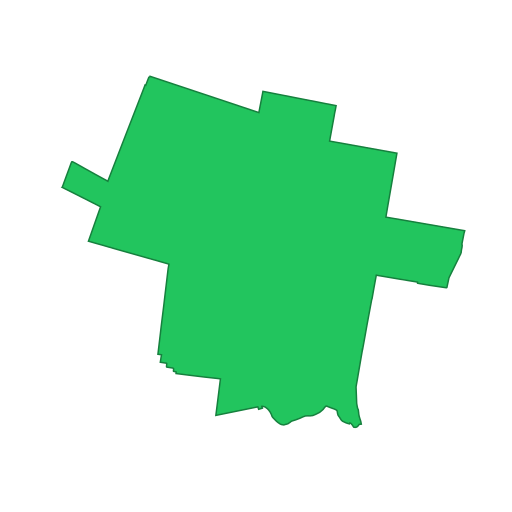 outline of Amara, Ialomita, Romania, rotated 9°
{"feature_id": "2599482B39510423223989", "entity_name": "Amara", "entity_type": "district", "adm_level": 2, "iso_a3": "ROU", "parent_name": "Romania", "parent_adm1": "Ialomita", "projection": "orthographic", "projection_center": [27.315, 44.645], "detail": "fine", "context": "isolated", "style": "filled", "palette": "green", "viewbox_px": 512, "rotation_deg": 9, "n_neighbors": 0, "source": "geoboundaries", "source_scale": "gbopen_adm2", "svg_char_len": 3432}
<svg xmlns="http://www.w3.org/2000/svg" viewBox="0 0 512 512"><g transform="rotate(9 256 256)"><path d="M241.3,419.7L280.9,404.9L281.4,404.7L281.8,405.4L282.6,407.0L285.5,405.6L286.1,405.3L285.2,403.6L285.5,403.5L286.2,403.4L286.9,403.5L288.6,403.7L289.6,404.2L290.5,404.7L291.4,405.2L292.1,405.8L292.8,406.3L293.3,406.9L293.9,407.4L294.8,408.5L295.7,409.7L296.1,410.4L296.6,411.2L297.0,412.0L297.4,412.4L297.8,412.8L298.4,413.3L300.0,414.5L302.3,416.2L303.1,416.6L303.9,417.1L305.0,417.6L305.6,417.9L306.3,418.2L306.7,418.3L307.7,418.5L309.1,418.5L309.8,418.5L310.1,418.4L310.5,418.2L311.0,418.0L311.3,417.8L311.6,417.6L312.1,417.5L312.5,417.3L313.8,416.7L314.2,416.3L315.5,415.1L316.7,413.8L317.3,413.4L320.7,411.7L323.7,410.0L324.9,409.3L327.4,407.6L329.2,406.6L330.0,406.2L332.0,405.8L334.6,405.4L335.5,405.1L336.4,404.9L337.4,404.5L339.8,403.0L343.3,400.5L344.8,398.8L346.3,397.0L347.2,395.3L347.7,394.5L348.2,393.7L348.8,393.3L349.3,393.2L352.2,393.9L355.2,394.5L357.4,394.9L359.3,395.5L359.9,395.8L360.4,396.4L361.2,398.8L362.0,400.5L362.5,401.0L363.6,402.1L364.9,403.6L366.1,404.9L367.5,405.7L369.2,406.2L370.9,406.7L372.7,407.0L374.5,407.2L374.8,406.2L375.6,406.4L376.3,406.8L377.7,408.0L378.3,408.7L378.9,409.4L379.4,409.8L380.1,409.8L381.0,409.7L382.2,409.2L382.8,408.6L383.7,407.4L383.9,406.8L384.2,406.2L386.3,405.6L385.3,402.8L384.1,400.5L383.0,398.2L382.6,397.1L382.2,396.0L381.9,394.7L381.5,393.4L381.3,392.6L381.0,391.7L380.2,390.6L379.3,388.2L378.5,385.8L376.9,377.7L375.3,369.7L375.3,367.5L375.4,362.5L375.7,338.6L375.8,331.9L375.7,331.7L375.9,331.7L376.2,318.2L376.4,306.9L377.1,280.9L377.3,280.2L377.5,268.2L377.8,256.1L380.5,256.2L383.2,256.2L401.4,256.4L419.6,256.5L419.7,257.4L419.8,257.6L422.5,257.7L425.4,257.7L431.8,257.8L449.0,257.6L449.4,257.3L449.5,257.1L449.5,256.7L450.0,247.3L453.0,237.6L456.5,226.3L457.1,224.2L457.8,222.1L457.9,221.5L458.0,220.9L458.1,220.4L458.0,218.7L458.0,217.0L458.1,215.5L458.0,213.4L457.8,212.6L457.5,212.1L457.7,206.4L457.9,200.8L458.1,199.6L458.2,198.4L379.0,197.3L378.2,197.3L378.3,187.7L378.8,155.0L379.1,133.3L379.1,132.4L310.7,131.0L311.3,105.7L311.3,103.2L311.4,101.0L311.5,99.4L311.6,95.0L237.1,92.3L236.9,99.0L236.4,113.9L179.4,104.4L155.3,100.4L147.4,99.1L146.3,98.9L123.3,95.1L123.3,95.3L123.2,95.6L122.5,96.0L122.2,96.3L121.6,98.9L121.2,100.8L120.4,104.6L119.7,104.4L117.9,112.9L108.4,156.7L103.0,181.8L98.1,204.6L98.0,205.4L95.8,204.5L94.3,204.0L90.4,202.6L84.5,200.5L78.0,198.1L73.3,196.4L69.6,195.0L65.5,193.5L63.1,192.6L60.4,191.7L60.0,191.6L59.3,191.8L59.1,192.5L58.9,193.0L58.4,195.6L57.9,198.2L56.4,205.7L56.3,206.1L55.7,209.2L54.9,213.3L54.8,213.7L54.3,216.5L54.1,217.2L53.9,218.1L53.9,218.4L53.8,218.5L54.5,218.7L57.2,219.6L76.3,225.7L85.6,228.7L94.8,231.7L93.0,241.4L88.2,267.6L88.3,267.6L96.4,268.6L104.2,269.5L105.5,269.7L106.4,269.8L107.3,269.9L108.7,270.1L109.3,270.2L110.8,270.3L113.5,270.7L123.5,271.9L142.9,274.2L169.5,277.4L171.3,277.7L171.2,282.2L172.4,313.2L172.6,318.0L173.4,341.0L173.7,347.7L174.5,368.4L178.1,368.3L178.1,375.9L178.3,375.9L184.3,375.9L184.6,376.0L184.7,376.3L184.8,377.7L184.9,379.2L185.0,379.5L185.3,379.7L191.3,379.7L191.7,379.8L192.0,380.0L192.3,380.3L192.3,380.7L192.4,381.5L192.4,382.4L192.5,382.6L192.6,382.8L192.8,382.8L193.9,382.9L195.1,382.9L195.3,383.0L195.4,384.6L208.2,384.2L224.4,383.6L236.9,383.0L239.8,382.9L240.1,382.9L241.3,419.7L241.3,419.7Z" fill="#22c55e" stroke="#15803d" stroke-width="1.5"/></g></svg>